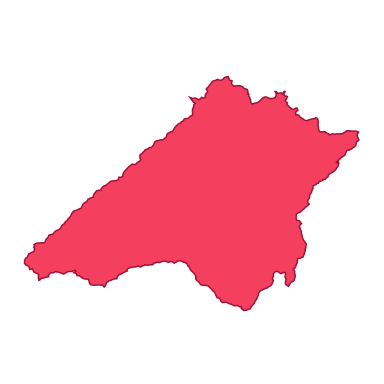 the district of Van Yen, Yên Bái, Vietnam, rotated 272°
{"feature_id": "81297802B29692958480362", "entity_name": "Van Yen", "entity_type": "district", "adm_level": 2, "iso_a3": "VNM", "parent_name": "Vietnam", "parent_adm1": "Yên Bái", "projection": "natural_earth1", "projection_center": [104.531, 21.931], "detail": "fine", "context": "isolated", "style": "filled", "palette": "rose", "viewbox_px": 384, "rotation_deg": 272, "n_neighbors": 0, "source": "geoboundaries", "source_scale": "gbopen_adm2", "svg_char_len": 6027}
<svg xmlns="http://www.w3.org/2000/svg" viewBox="0 0 384 384"><g transform="rotate(272 192 192)"><path d="M107.2,61.8L105.5,66.6L108.2,71.0L108.3,74.4L109.7,78.2L108.3,78.6L107.2,76.8L106.8,78.7L106.0,79.4L104.4,80.1L104.5,82.2L101.8,86.0L101.3,88.1L101.3,91.3L100.1,92.0L97.3,92.7L96.0,93.8L95.5,95.8L95.5,98.6L95.9,102.0L95.8,105.1L95.9,105.9L93.9,107.5L95.0,108.6L96.1,109.1L97.1,109.1L98.8,110.0L99.4,111.2L100.3,111.9L100.8,113.9L102.3,116.5L102.7,119.9L105.3,120.3L105.9,121.5L107.0,122.2L107.4,124.0L108.7,125.5L109.1,126.6L110.7,129.2L110.8,130.0L111.8,129.7L112.9,130.3L114.1,132.4L114.8,135.2L115.3,138.9L116.3,141.2L115.3,142.5L115.3,143.5L116.5,145.1L116.9,146.7L117.5,147.2L117.3,148.5L117.6,149.4L117.3,150.7L117.9,153.0L117.8,154.9L118.3,155.7L119.3,156.0L119.8,156.4L119.7,157.6L120.6,159.5L120.4,162.2L121.9,165.5L122.0,167.3L120.9,170.9L121.6,172.7L121.6,174.8L120.2,176.9L121.0,177.6L121.4,178.8L122.5,179.8L123.0,183.0L122.3,183.8L120.8,188.7L120.3,189.4L118.0,190.4L116.5,192.3L114.5,192.8L110.9,196.7L108.9,198.4L107.9,198.7L105.0,198.8L103.4,200.4L102.8,201.6L100.6,203.3L99.8,203.6L99.3,205.3L98.9,211.4L97.5,212.6L95.4,215.2L94.0,216.2L92.4,218.4L91.0,218.8L87.3,220.7L86.7,222.9L86.3,223.4L85.4,224.3L83.9,224.7L82.6,226.2L83.1,230.3L81.4,233.6L81.3,235.1L79.7,238.3L80.2,241.4L78.9,243.8L79.0,245.4L77.2,245.4L76.7,246.0L76.7,246.7L75.4,247.6L75.8,250.7L76.6,251.9L77.0,253.8L77.9,254.8L79.2,255.0L83.0,258.1L85.1,258.8L87.2,260.5L88.5,260.6L91.3,262.0L93.1,261.9L95.3,263.5L98.1,268.4L98.8,270.7L99.9,271.7L100.6,273.3L102.1,274.8L106.3,276.5L108.1,275.4L111.1,276.3L112.9,276.2L114.2,276.9L115.5,278.2L115.4,281.0L114.1,282.5L113.6,283.6L113.6,284.1L114.4,285.1L114.4,286.2L115.0,287.2L114.7,288.0L113.7,288.3L110.3,287.9L108.2,289.1L105.3,288.5L103.5,288.5L102.9,288.9L101.1,291.7L104.8,293.6L107.0,297.1L111.5,298.2L114.8,297.3L115.7,297.5L117.6,296.7L118.2,296.0L118.7,296.0L119.6,297.4L120.9,298.3L122.8,298.6L125.4,299.7L128.7,299.8L129.4,300.5L129.7,303.1L130.3,303.8L130.9,305.2L131.4,305.5L137.7,307.3L138.2,307.0L139.5,307.5L144.1,308.0L144.6,307.9L145.3,306.9L149.5,304.2L155.4,302.6L156.9,302.5L158.0,301.7L159.5,301.5L161.0,300.4L163.1,301.3L164.2,302.6L167.1,300.2L167.3,298.0L168.1,297.2L171.1,296.9L173.7,297.2L174.8,298.7L175.4,300.4L176.5,301.8L178.0,303.2L179.4,305.0L180.5,305.6L183.7,309.5L184.3,309.4L185.0,308.1L187.9,308.1L190.3,309.7L193.1,309.7L195.8,311.4L198.3,312.0L199.6,312.8L201.7,312.7L202.5,313.0L203.7,315.5L204.7,316.4L205.2,318.1L206.1,318.1L207.3,319.6L208.0,322.3L209.2,322.7L209.2,324.7L210.2,325.2L212.0,327.4L214.6,328.2L216.7,331.9L218.9,334.5L223.5,337.3L226.0,337.7L227.3,337.3L226.1,336.3L226.5,335.4L226.9,335.2L229.7,338.3L231.9,340.0L232.9,341.9L234.2,343.5L238.2,344.9L238.8,345.3L239.3,346.2L239.4,347.5L240.0,349.0L242.7,352.5L244.2,354.0L247.8,354.8L249.8,357.0L252.2,355.7L255.1,355.0L257.7,356.4L258.5,354.3L258.5,348.3L258.7,345.5L258.5,344.6L255.5,340.2L255.5,338.5L255.1,337.2L255.3,335.2L254.7,333.2L255.1,330.4L253.8,327.4L255.0,326.6L255.3,324.7L256.9,323.0L256.9,321.0L256.4,318.0L257.6,317.0L259.1,316.3L264.8,315.5L266.4,315.8L268.7,315.3L270.2,314.2L270.5,313.0L269.6,311.9L268.6,307.3L267.4,304.4L267.3,303.4L267.8,301.9L269.5,299.6L270.1,298.0L272.4,296.1L272.9,294.9L272.7,293.0L274.9,292.8L275.8,293.1L277.4,295.0L279.7,293.9L279.4,292.7L278.2,290.9L278.3,288.7L279.8,287.5L280.0,286.6L281.2,285.8L282.6,283.7L283.0,283.6L284.1,284.3L284.9,283.7L285.7,282.3L287.5,282.2L287.8,282.2L288.1,283.1L290.8,284.0L291.3,281.7L292.1,280.7L293.8,280.4L294.9,280.9L295.4,281.7L295.9,281.2L295.8,280.7L294.4,279.6L293.4,279.4L293.0,278.7L294.2,277.5L293.6,274.4L294.6,273.2L295.4,272.7L295.3,271.5L293.6,272.5L292.0,272.8L290.1,272.3L288.9,271.3L288.3,269.4L288.1,266.6L289.5,263.1L289.4,261.0L288.4,259.4L284.6,255.9L283.4,253.7L282.6,250.4L281.9,249.1L283.2,247.9L285.4,247.2L286.4,247.3L286.8,246.7L288.2,246.5L289.8,245.3L291.8,245.4L292.2,245.0L292.2,243.9L293.6,244.5L296.3,243.8L297.5,240.2L299.0,238.7L300.0,235.9L299.3,230.1L301.0,228.1L302.3,227.5L304.3,228.3L305.2,225.7L308.6,224.1L307.8,221.0L307.1,220.0L306.2,219.4L304.9,218.0L304.7,215.3L305.5,213.6L304.5,211.9L303.5,208.9L298.9,205.4L297.6,204.7L295.9,202.9L295.0,202.7L293.6,203.9L292.7,204.0L289.8,202.0L286.5,201.7L286.2,199.9L286.9,198.8L287.0,198.3L285.5,197.1L284.5,195.7L285.9,192.4L285.9,191.4L285.5,189.4L286.5,186.6L282.0,190.1L280.6,192.2L280.1,191.4L279.0,190.7L277.9,190.7L273.7,189.5L269.6,189.9L268.7,189.7L267.9,187.9L266.8,186.8L265.5,186.1L265.1,182.4L264.2,181.4L263.0,181.0L261.5,178.6L260.4,178.4L260.2,177.2L259.2,175.6L256.5,173.0L251.8,170.4L251.7,169.0L250.7,167.6L249.9,165.8L248.7,164.9L246.7,164.7L245.7,164.1L244.5,162.4L243.6,161.8L243.2,160.9L242.9,158.0L242.2,156.6L241.9,154.7L240.7,153.1L237.2,151.6L235.3,150.1L234.9,147.8L233.7,146.5L232.5,143.7L231.4,143.2L230.0,141.6L229.2,141.1L227.2,138.7L224.0,138.8L222.4,139.7L221.4,139.1L219.8,136.8L217.8,134.7L217.4,132.8L217.8,131.1L215.9,129.2L215.5,128.3L209.9,123.5L207.3,122.3L205.0,122.3L204.2,120.1L204.2,118.4L202.0,117.9L201.5,117.6L201.1,116.9L200.5,114.9L200.3,112.1L199.8,110.1L198.6,109.1L196.8,106.9L195.8,106.2L195.3,104.4L194.2,102.8L192.7,101.5L190.5,100.6L190.5,98.9L190.0,96.8L186.8,94.3L183.4,93.3L182.2,90.3L181.3,89.4L181.3,88.4L179.0,87.3L177.4,84.9L175.7,83.2L172.3,82.1L169.6,76.9L169.0,74.8L168.5,74.2L166.2,72.5L163.6,71.6L160.4,68.8L158.9,68.1L158.0,66.5L156.2,65.8L154.2,63.2L151.7,62.2L150.3,61.0L148.1,56.8L146.5,55.4L145.0,54.5L144.2,51.4L143.7,50.4L141.9,49.9L139.5,47.7L136.8,46.9L135.9,45.3L136.0,43.9L135.4,38.4L134.0,35.9L132.7,36.5L131.2,35.7L129.7,36.7L127.1,36.0L124.5,31.1L120.9,29.5L120.0,28.1L119.2,27.6L117.4,27.2L114.9,27.0L113.5,28.3L111.9,31.5L108.9,32.6L109.2,34.1L109.8,35.2L106.5,36.8L104.7,41.2L102.5,41.6L100.9,41.3L100.2,41.8L98.5,41.9L98.6,42.8L99.9,43.7L100.6,45.1L101.1,47.5L101.8,49.2L102.4,51.8L103.3,51.3L106.0,53.0L106.3,53.5L106.4,56.4L106.8,57.2L107.6,58.1L107.2,61.8Z" fill="#f43f5e" stroke="#9f1239" stroke-width="1.5"/></g></svg>